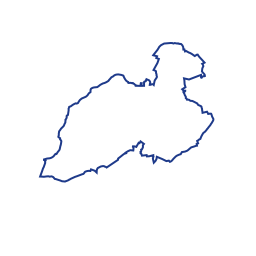 Sanmihaiu De Campie, Bistrita-Nasaud, Romania (Robinson projection), rotated 326°
{"feature_id": "2599482B31032978484470", "entity_name": "Sanmihaiu De Campie", "entity_type": "district", "adm_level": 2, "iso_a3": "ROU", "parent_name": "Romania", "parent_adm1": "Bistrita-Nasaud", "projection": "robinson", "projection_center": [24.329, 46.892], "detail": "fine", "context": "isolated", "style": "outline", "palette": "blue", "viewbox_px": 256, "rotation_deg": 326, "n_neighbors": 0, "source": "geoboundaries", "source_scale": "gbopen_adm2", "svg_char_len": 5718}
<svg xmlns="http://www.w3.org/2000/svg" viewBox="0 0 256 256"><g transform="rotate(326 128 128)"><path d="M204.9,162.7L204.1,162.0L203.5,161.7L202.7,161.4L202.3,161.1L202.5,160.6L202.6,158.7L198.3,157.1L199.2,155.3L199.2,155.1L200.2,153.3L200.4,152.2L200.8,151.5L200.8,151.3L200.7,150.7L200.5,150.3L199.9,149.5L199.8,149.2L199.7,149.0L199.4,148.7L199.1,148.2L199.0,147.2L199.1,146.9L199.2,146.5L197.8,143.9L196.9,142.3L196.5,141.6L194.9,140.3L194.4,138.8L193.8,138.2L193.3,137.9L192.7,137.4L193.0,136.7L192.9,136.2L192.6,135.6L193.4,134.4L193.5,132.4L193.8,131.4L193.9,130.6L194.0,129.3L195.3,129.6L196.2,129.3L196.3,129.1L195.4,128.5L194.9,127.7L194.6,126.2L198.5,126.3L199.4,123.4L201.4,120.0L202.2,118.2L205.7,121.9L218.2,124.8L216.9,126.8L216.9,127.3L217.2,127.5L218.4,127.0L219.1,127.1L220.1,127.4L220.1,127.7L220.8,127.9L221.2,127.1L221.4,126.4L221.0,123.5L221.0,122.7L221.0,122.4L222.9,120.2L223.9,119.5L224.7,119.1L225.0,118.9L225.4,117.8L225.5,117.1L225.4,116.3L228.0,116.6L227.5,113.0L226.9,109.2L226.8,108.0L226.8,106.1L226.0,105.7L224.6,105.7L224.3,105.6L223.6,105.7L223.4,105.3L223.1,104.4L222.3,102.3L221.5,100.7L221.2,100.2L220.7,99.6L220.1,98.4L219.2,96.6L218.6,96.5L218.1,96.4L218.4,95.4L218.7,94.4L217.8,93.9L219.0,91.8L219.3,89.9L219.0,88.1L218.1,87.3L217.4,86.9L217.3,86.4L216.8,85.8L216.7,85.7L216.1,85.6L215.5,85.0L214.2,83.7L213.0,83.4L212.4,82.7L212.0,82.1L211.4,81.8L210.9,81.4L205.2,78.2L201.7,77.8L199.3,78.2L197.9,78.9L196.1,79.7L191.4,81.2L190.3,81.5L189.6,81.8L192.2,84.8L190.6,85.8L192.2,88.0L188.7,90.6L181.6,94.2L182.5,95.6L182.9,96.3L182.8,96.8L182.6,97.2L182.0,98.1L181.9,98.5L181.7,99.4L181.2,100.1L181.0,100.5L180.9,101.0L180.6,101.7L180.3,102.0L179.8,102.3L176.8,103.5L176.0,104.2L173.4,106.7L173.2,105.8L172.6,105.2L170.9,104.8L170.2,104.4L171.0,103.5L171.6,103.1L172.0,102.4L172.2,101.7L172.2,100.8L172.1,100.2L170.6,97.9L170.2,98.2L170.1,98.4L169.9,98.4L169.7,98.4L169.6,98.7L169.0,99.1L168.4,99.1L167.8,98.7L167.5,98.7L167.2,98.8L166.9,99.0L165.3,101.4L164.9,102.0L162.9,100.7L163.6,99.4L164.4,98.5L163.7,98.0L163.0,98.7L162.0,100.1L159.4,98.3L159.5,98.3L159.3,98.1L158.6,97.3L158.1,96.4L157.9,95.9L157.8,95.0L157.6,94.6L157.1,93.9L157.2,93.5L157.0,93.3L156.6,93.3L156.2,92.9L156.0,92.6L154.9,91.6L154.1,91.3L153.5,90.8L153.5,90.6L153.8,89.9L153.6,89.7L152.9,87.5L152.9,84.9L153.1,84.0L153.1,83.7L153.2,82.9L153.4,82.3L153.4,82.0L153.2,81.6L152.7,81.0L152.2,80.3L150.0,78.2L149.6,78.0L149.2,77.7L148.8,77.5L147.9,77.1L146.9,76.8L146.2,76.8L145.6,76.7L144.6,76.9L143.0,76.7L142.5,76.7L141.8,76.9L141.1,77.1L140.4,77.3L139.4,77.5L138.4,77.9L138.0,78.0L135.7,77.9L133.9,77.6L132.9,77.3L132.0,77.0L131.1,76.9L129.1,76.7L128.1,76.8L126.4,76.9L125.4,76.9L122.6,75.4L121.5,75.0L120.4,74.8L119.3,74.8L118.7,75.1L118.1,75.7L117.4,76.7L116.9,77.3L115.2,77.3L114.0,77.7L112.9,78.2L111.8,78.4L110.5,78.5L106.2,77.7L104.8,77.8L103.8,77.9L101.9,78.6L100.6,79.3L99.2,79.1L98.4,78.3L97.3,78.1L96.5,78.0L94.9,77.9L93.2,78.0L92.6,78.0L91.1,77.6L90.8,77.9L90.1,78.4L89.8,78.6L89.6,78.7L89.5,78.9L89.2,79.3L89.1,79.5L88.7,80.1L85.6,83.5L85.2,83.7L84.2,83.5L83.5,84.2L83.3,84.6L83.2,84.8L82.3,85.6L80.6,86.3L80.4,86.9L79.6,87.7L79.5,87.9L79.3,88.2L79.1,88.4L77.6,89.2L76.6,89.9L75.7,90.4L74.7,90.6L72.1,91.1L70.7,91.7L69.2,92.2L68.9,92.4L68.8,92.5L68.4,93.0L67.6,93.8L66.5,95.4L66.3,95.5L65.7,96.0L65.3,96.4L65.3,96.8L66.0,98.5L65.7,99.0L65.4,99.3L65.4,99.6L65.5,100.9L65.4,101.6L64.1,103.1L62.7,104.5L61.9,105.1L59.5,107.4L58.9,107.8L58.4,108.0L56.1,108.7L54.4,109.5L54.1,109.5L53.9,109.5L53.7,109.4L53.5,109.0L53.2,109.0L52.7,109.1L50.6,109.8L49.3,109.9L47.8,109.8L46.1,109.3L43.9,108.1L40.8,107.1L40.5,107.6L40.7,107.8L41.4,108.9L40.5,109.4L40.1,110.1L39.9,110.6L36.1,113.4L34.9,114.0L33.0,115.5L28.0,119.1L29.6,120.3L31.0,121.4L33.6,122.7L34.6,123.3L35.2,123.7L35.8,124.5L37.3,125.2L37.7,125.5L37.9,125.8L38.6,127.0L38.8,129.2L39.6,130.0L42.5,133.7L43.5,135.2L45.9,137.2L46.4,137.2L47.2,137.5L49.1,137.9L49.9,138.0L50.3,137.9L51.2,138.1L52.0,138.1L56.8,138.9L58.6,139.4L64.1,140.7L65.3,141.1L65.9,141.0L66.5,140.8L67.4,140.4L68.0,140.3L68.9,140.5L70.2,140.9L71.0,141.3L71.9,141.9L72.8,142.6L74.2,141.6L76.5,144.8L77.1,147.4L78.5,145.5L79.6,144.7L80.6,144.3L83.2,144.6L83.9,144.7L84.9,145.1L86.0,145.6L86.6,146.1L86.9,146.4L87.1,146.8L87.3,147.3L87.8,147.7L88.0,148.1L88.2,148.8L101.9,148.8L102.4,148.3L102.6,147.9L102.9,147.8L103.7,147.7L104.6,147.7L108.2,147.4L109.7,147.3L110.5,147.3L112.2,147.8L112.2,147.1L114.9,147.2L117.3,147.6L117.8,147.9L119.8,149.6L120.3,149.1L121.1,148.0L121.5,147.4L121.6,146.9L121.5,146.4L121.9,146.0L123.4,147.1L124.3,148.3L125.1,147.9L128.6,146.2L129.1,147.0L130.9,146.1L132.3,150.1L130.7,150.6L129.7,152.2L128.4,153.1L127.7,153.4L126.8,153.3L126.4,154.2L126.2,154.4L125.7,154.7L125.1,154.7L124.9,154.8L124.9,155.4L124.9,155.6L124.8,155.8L124.6,155.9L124.3,156.0L124.3,156.3L124.5,156.7L124.6,157.2L124.4,157.8L124.1,158.7L128.3,160.9L127.8,162.1L129.8,163.3L133.5,164.6L132.7,165.3L133.2,165.8L131.5,167.3L130.0,171.2L132.3,170.7L134.2,169.7L135.8,168.0L139.1,173.0L141.3,176.9L143.6,177.9L143.8,179.5L144.3,179.6L145.3,179.7L146.0,179.6L146.5,179.5L147.5,179.2L148.6,178.9L151.7,178.3L152.5,178.3L153.3,178.3L155.4,178.7L156.3,178.9L157.0,179.2L159.2,178.1L162.0,179.4L164.1,179.9L165.4,179.9L166.9,179.7L169.5,179.4L170.2,179.6L172.1,180.2L174.7,180.9L175.3,181.2L176.0,179.6L177.5,179.9L178.1,177.4L179.3,177.5L179.5,177.4L180.6,177.3L181.9,177.5L183.3,176.5L184.8,175.6L186.4,174.8L187.8,174.2L189.1,174.2L189.9,174.1L191.8,173.6L193.0,173.1L193.7,173.0L195.0,172.5L198.0,171.6L198.9,171.1L200.1,170.7L202.6,169.5L203.3,169.0L203.8,168.3L203.9,167.8L204.0,166.5L204.2,165.3L204.8,163.4L204.9,162.7Z" fill="none" stroke="#1e3a8a" stroke-width="2"/></g></svg>